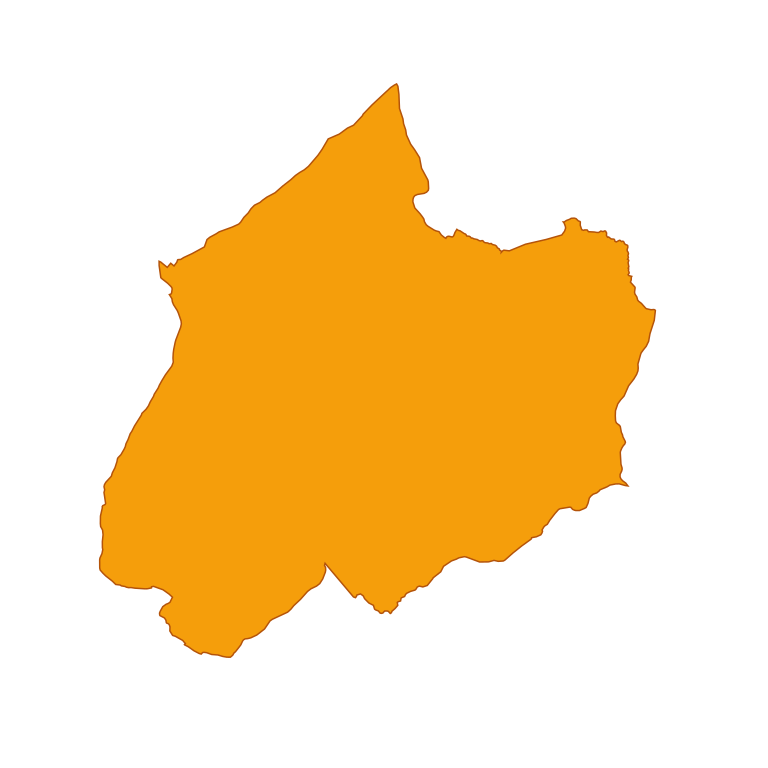 the district of Tinjacá, Boyacá, Colombia, rotated 10°
{"feature_id": "7082276B8672665666879", "entity_name": "Tinjacá", "entity_type": "district", "adm_level": 2, "iso_a3": "COL", "parent_name": "Colombia", "parent_adm1": "Boyacá", "projection": "mercator", "projection_center": [-73.669, 5.581], "detail": "fine", "context": "isolated", "style": "filled", "palette": "amber", "viewbox_px": 768, "rotation_deg": 10, "n_neighbors": 0, "source": "geoboundaries", "source_scale": "gbopen_adm2", "svg_char_len": 6165}
<svg xmlns="http://www.w3.org/2000/svg" viewBox="0 0 768 768"><g transform="rotate(10 384 384)"><path d="M641.9,442.0L639.3,439.6L635.7,437.8L633.6,436.1L632.6,434.4L632.2,432.0L633.2,428.4L633.3,426.6L633.0,425.3L631.3,421.9L628.6,410.5L628.6,409.0L629.4,405.6L630.5,402.9L631.4,401.7L631.9,399.6L631.5,398.6L628.3,394.3L627.8,392.8L626.1,390.3L624.1,384.9L623.3,384.0L619.8,382.1L619.0,381.1L618.4,379.9L617.3,375.1L616.6,370.1L617.7,362.9L619.8,358.5L622.5,354.2L625.2,343.3L629.2,335.7L631.1,330.7L631.8,327.0L631.6,324.3L630.6,320.2L631.6,310.0L631.9,308.6L633.4,305.5L635.7,301.3L637.2,296.0L637.2,288.3L639.1,274.4L638.5,264.5L637.8,263.9L636.8,263.8L634.1,264.5L629.5,264.3L628.5,263.9L623.5,259.9L620.6,258.4L619.3,257.4L617.9,254.4L615.5,251.8L614.8,250.1L614.6,245.7L614.2,244.9L609.0,240.9L609.4,238.6L609.0,235.9L609.3,235.0L606.2,234.7L605.4,234.0L606.1,232.4L606.1,231.7L605.0,229.8L605.0,228.1L604.3,227.5L604.8,226.1L603.3,222.1L603.6,220.0L603.2,219.3L602.1,218.8L602.8,217.2L601.9,215.0L602.2,213.3L601.4,211.7L600.5,210.8L600.1,209.6L600.4,206.9L600.0,205.4L599.5,205.0L597.7,204.7L596.4,203.9L595.6,202.5L594.9,202.0L594.3,201.9L593.2,202.5L591.7,201.6L590.9,201.6L588.0,203.8L586.6,203.3L586.0,201.9L585.3,201.4L582.5,201.7L579.7,200.2L579.0,200.7L578.6,200.6L577.3,199.1L577.0,196.6L576.4,196.1L576.0,195.2L575.4,194.9L574.8,194.9L573.2,195.9L571.0,195.7L569.3,197.4L567.4,197.8L564.7,197.8L558.9,198.5L557.3,197.0L554.9,197.4L553.9,198.0L551.9,197.7L549.7,193.6L549.2,190.3L548.5,189.8L547.2,189.7L544.4,187.8L542.6,187.6L539.6,188.3L538.1,189.6L535.2,191.3L533.4,193.1L532.4,193.3L533.5,194.3L535.2,197.2L535.8,198.9L535.3,202.1L533.2,206.4L518.6,213.5L499.0,221.8L484.3,231.1L478.8,231.4L477.9,232.1L476.7,233.9L476.7,233.1L476.1,232.6L474.7,232.1L474.0,230.9L472.0,230.2L470.9,228.7L469.4,228.0L466.5,227.8L465.3,227.0L463.1,227.6L461.8,227.1L458.9,227.3L457.7,226.8L456.4,225.7L455.5,225.8L454.2,226.4L452.5,226.2L450.8,225.5L447.1,225.4L445.9,224.9L444.7,225.1L443.2,224.0L442.2,223.7L439.8,223.9L438.7,222.5L437.9,222.1L437.0,222.0L432.2,219.9L430.5,219.8L428.9,219.0L427.6,222.4L426.9,225.9L426.3,226.9L425.5,227.4L422.3,227.2L421.2,227.5L420.1,228.4L419.6,229.8L417.8,229.1L414.6,227.3L411.7,224.4L408.8,224.2L406.6,223.7L399.9,221.0L397.9,219.8L395.7,217.2L394.6,214.6L393.1,213.0L390.1,210.2L383.8,205.3L380.8,199.6L380.5,197.2L380.7,195.0L381.7,193.1L384.1,191.5L390.4,189.3L392.6,187.7L394.0,185.5L394.0,183.7L392.5,177.2L391.7,175.4L383.5,165.0L379.7,154.9L373.5,148.0L368.6,143.2L362.9,134.9L361.2,129.9L358.1,124.3L356.6,119.6L351.4,110.0L348.4,96.2L346.0,88.4L344.3,86.3L342.3,87.8L339.0,91.0L323.7,111.3L316.6,121.9L316.2,123.5L309.1,134.4L303.6,138.3L296.5,145.7L286.5,152.3L282.3,163.6L279.2,170.3L271.8,182.8L268.3,186.9L264.2,190.4L260.6,194.0L256.6,199.2L250.0,206.5L243.5,214.6L236.2,220.3L232.4,224.2L230.4,226.7L225.4,230.4L222.6,234.5L220.6,239.1L217.1,244.2L214.7,249.6L213.1,251.8L207.3,255.8L195.2,262.8L192.8,265.1L186.9,269.8L184.6,272.5L183.3,280.2L172.4,288.9L164.7,294.3L162.2,296.6L159.5,297.3L159.2,297.6L158.8,300.1L156.7,304.2L153.0,302.1L150.3,306.8L143.0,302.7L141.2,302.2L142.0,306.5L145.7,317.9L146.3,318.5L153.4,322.3L157.3,325.0L158.4,326.1L158.9,327.4L159.0,331.3L158.5,332.5L157.1,333.2L160.3,336.8L161.3,339.8L163.0,342.5L167.6,347.5L169.2,349.9L173.2,357.1L174.0,360.0L173.9,363.4L171.3,377.0L171.1,379.3L170.9,386.5L171.1,390.4L171.7,395.2L172.7,399.1L171.9,403.3L167.2,412.8L164.8,418.9L163.0,424.1L162.3,427.2L159.5,434.0L159.2,436.1L156.9,442.2L155.8,446.5L154.0,450.3L150.7,454.9L150.4,456.9L145.6,468.6L143.8,474.6L142.7,477.0L141.6,483.1L140.3,487.6L140.1,490.7L139.4,493.3L137.2,499.3L134.9,502.7L134.5,503.9L134.5,506.7L133.6,513.2L131.9,518.7L131.5,522.2L127.1,529.1L126.2,531.6L126.1,533.8L127.3,536.7L127.1,539.5L130.6,550.0L130.3,551.1L128.2,552.6L127.8,553.6L128.1,555.0L127.7,563.3L128.9,570.7L129.7,573.6L132.2,576.7L133.5,581.2L134.0,588.2L135.1,594.1L135.8,595.9L135.7,600.0L134.5,604.7L134.5,606.5L136.0,614.6L136.8,616.5L140.3,619.3L143.4,621.4L150.5,625.2L154.6,628.0L159.1,627.8L160.4,628.4L164.3,628.4L165.4,628.8L167.8,628.9L170.3,628.4L174.3,628.3L184.2,627.2L186.6,626.7L190.4,625.2L190.3,624.0L192.2,623.3L202.1,625.0L208.8,628.2L212.7,630.7L211.1,636.2L209.4,637.7L207.7,638.7L204.8,641.7L203.1,646.6L202.7,648.6L203.2,650.4L203.6,651.0L208.4,652.5L210.2,654.4L211.1,656.9L211.8,657.3L213.2,657.5L214.2,658.2L215.4,660.3L216.0,664.4L219.5,668.3L222.4,668.7L230.3,671.5L233.5,674.2L232.7,675.3L232.9,675.5L236.8,676.7L243.1,679.7L248.8,681.5L250.9,681.7L252.0,680.0L253.3,679.5L256.1,679.4L261.3,680.3L267.5,679.7L272.5,680.3L276.5,680.3L280.2,679.7L282.1,677.4L283.0,674.9L284.2,673.5L287.3,667.7L288.3,665.7L289.4,661.6L290.1,660.3L291.5,659.1L294.0,658.4L296.9,657.1L302.3,653.3L308.9,646.0L312.9,637.1L314.9,635.1L328.6,625.5L329.4,624.6L331.5,621.8L333.6,618.0L339.2,610.5L344.7,601.6L347.6,598.4L352.7,594.7L355.4,591.7L357.5,586.6L358.9,579.5L358.9,577.4L358.3,574.8L356.9,573.0L357.1,570.8L390.9,599.0L393.0,599.4L393.7,598.1L394.0,596.5L397.3,594.8L400.4,596.3L402.2,598.8L407.1,602.3L412.0,603.8L413.8,607.3L414.9,607.9L417.9,608.5L420.0,610.3L421.4,610.3L422.7,609.7L424.0,607.5L426.6,607.0L427.8,607.2L430.0,608.9L431.0,608.0L431.3,606.4L433.9,603.2L436.0,599.6L435.0,596.8L435.9,595.9L438.0,594.8L438.0,592.1L438.3,591.5L441.2,589.7L441.6,588.0L442.5,586.3L446.2,583.6L450.3,581.6L451.0,580.8L452.0,578.2L452.9,577.5L454.0,576.9L457.5,577.1L461.6,574.9L465.9,567.1L466.0,566.4L472.5,559.1L474.3,553.2L481.2,546.5L485.7,543.9L487.9,542.2L493.1,540.1L495.0,540.1L509.1,542.7L517.9,541.0L523.0,538.6L527.3,538.8L532.2,537.6L533.6,536.5L540.5,527.8L547.8,519.5L555.4,511.7L556.0,510.9L556.1,509.7L560.6,508.0L564.6,505.3L565.4,503.4L565.7,501.4L565.0,500.3L566.3,496.9L567.1,495.7L569.2,493.8L570.8,489.6L574.9,481.8L577.6,477.4L578.9,476.3L588.3,473.0L589.4,473.0L591.5,474.7L593.4,475.2L594.8,475.3L598.4,474.7L603.1,471.7L604.5,470.5L605.6,466.2L606.0,460.7L607.1,458.6L609.1,456.2L612.4,454.3L614.3,452.2L615.2,450.6L621.7,446.4L624.1,444.3L629.5,442.2L633.0,441.5L639.2,442.1L641.9,442.0Z" fill="#f59e0b" stroke="#b45309" stroke-width="1.5"/></g></svg>